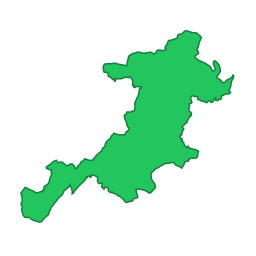 Pho Yen, Thái Nguyên, Vietnam, rotated 276°
{"feature_id": "81297802B3855346019179", "entity_name": "Pho Yen", "entity_type": "district", "adm_level": 2, "iso_a3": "VNM", "parent_name": "Vietnam", "parent_adm1": "Thái Nguyên", "projection": "mercator", "projection_center": [105.815, 21.451], "detail": "fine", "context": "isolated", "style": "filled", "palette": "green", "viewbox_px": 256, "rotation_deg": 276, "n_neighbors": 0, "source": "geoboundaries", "source_scale": "gbopen_adm2", "svg_char_len": 5868}
<svg xmlns="http://www.w3.org/2000/svg" viewBox="0 0 256 256"><g transform="rotate(276 128 128)"><path d="M66.6,157.8L71.2,161.2L72.5,161.4L73.5,161.2L75.4,160.3L78.9,157.0L82.3,156.0L84.1,155.7L86.5,156.1L86.9,157.0L90.7,160.0L91.4,161.7L94.4,165.4L95.6,167.4L96.3,168.1L97.1,170.2L97.0,171.5L97.9,174.0L98.5,177.0L98.2,177.4L96.4,178.9L95.6,180.6L95.5,181.9L95.0,183.2L94.1,184.6L93.8,185.7L96.5,187.0L100.7,188.6L101.5,191.7L103.6,191.7L103.6,192.7L105.1,194.2L105.1,194.8L104.5,195.9L105.3,197.9L105.4,199.4L107.6,200.2L111.1,200.1L112.2,200.6L113.6,197.5L113.9,192.9L114.4,192.3L114.1,191.5L114.9,190.9L115.3,190.2L116.2,189.8L114.9,188.9L114.5,188.5L114.6,188.2L116.0,187.2L116.5,186.1L117.5,185.7L118.1,185.0L119.5,184.9L120.1,183.5L121.1,183.5L121.3,182.9L121.2,182.4L122.6,183.2L123.2,182.5L123.1,182.0L123.4,181.3L124.4,180.2L125.1,180.8L126.3,180.9L126.2,181.5L127.1,182.3L129.0,182.1L131.1,182.9L132.2,183.1L132.9,183.5L133.5,183.4L133.7,182.2L134.4,181.8L135.3,182.0L137.3,183.9L139.1,184.9L139.4,186.0L140.5,185.7L142.3,186.8L144.1,187.4L144.9,187.4L145.4,188.1L145.9,187.8L146.2,188.1L146.0,188.6L146.9,188.9L146.9,189.6L147.1,189.8L149.8,189.2L150.5,188.5L150.9,187.3L152.6,186.5L155.9,186.9L158.2,186.3L159.3,188.4L160.0,188.9L164.5,187.1L165.2,187.2L166.5,188.2L166.8,188.8L166.1,191.5L166.6,193.2L166.5,193.9L166.1,194.4L165.3,194.6L164.3,194.2L163.7,194.4L163.5,194.9L163.4,196.3L162.4,198.5L162.7,200.9L161.6,202.1L161.5,203.8L163.1,204.9L163.8,206.2L163.6,206.6L162.3,207.6L162.2,208.9L162.8,209.6L164.9,210.2L167.1,211.7L167.0,212.3L166.3,212.2L165.1,211.7L164.6,212.8L164.7,214.2L165.7,215.3L166.1,216.6L166.6,217.4L167.6,217.8L169.5,217.4L169.9,217.7L170.2,219.1L172.1,221.4L172.3,224.0L172.8,225.3L173.3,225.9L174.0,226.2L174.8,225.8L175.5,224.5L175.9,224.2L177.9,225.2L179.9,225.8L185.1,225.9L187.8,227.2L189.8,227.7L191.0,227.6L191.4,227.2L191.6,226.9L190.2,226.5L188.3,225.1L186.2,221.5L183.9,219.8L183.2,219.0L182.9,218.2L183.0,217.4L185.5,214.8L187.3,211.4L187.8,211.0L188.8,211.0L191.4,212.9L192.8,213.5L193.9,213.8L195.6,213.7L199.9,212.1L201.8,210.4L203.4,208.3L203.8,207.5L203.8,206.8L203.1,206.2L201.9,206.1L200.1,206.4L196.6,208.5L195.5,208.4L194.3,207.8L193.8,207.3L193.7,206.7L194.0,205.8L194.7,205.1L196.6,204.1L197.9,203.0L201.0,197.0L201.1,195.8L203.0,190.6L204.2,188.5L205.2,187.5L206.1,187.1L206.9,187.4L209.0,189.8L209.8,190.4L210.9,190.0L212.4,188.7L214.0,188.5L216.4,189.5L219.5,189.7L222.1,190.3L223.1,190.9L225.3,191.3L226.0,191.1L227.2,190.0L228.2,188.2L229.4,186.9L229.7,186.1L229.6,182.3L230.8,176.3L230.3,174.3L227.4,171.9L226.9,170.7L226.9,169.4L225.8,168.6L225.3,167.7L224.8,167.5L223.7,167.9L223.0,167.7L220.9,164.3L219.8,161.6L219.3,159.3L217.2,158.4L215.5,158.3L214.0,157.1L212.9,157.0L212.0,156.5L211.2,156.6L210.4,157.6L209.6,156.9L208.1,153.5L208.9,152.5L208.8,150.8L208.3,149.1L207.7,148.5L206.3,148.2L205.5,147.7L204.6,146.2L204.7,144.8L205.9,142.6L205.2,140.7L204.7,138.2L204.2,137.6L204.0,136.1L204.0,135.0L204.6,132.4L204.4,129.4L203.8,127.8L202.9,126.6L202.6,124.5L201.4,123.9L200.6,122.1L199.2,121.2L193.5,120.4L190.3,120.3L189.8,119.8L190.7,109.8L191.2,108.3L190.9,106.7L190.1,104.6L189.9,101.6L189.4,98.9L189.0,98.1L187.2,97.0L186.3,97.0L182.7,97.6L181.0,98.4L181.1,101.8L179.2,102.8L178.8,102.9L178.1,102.7L177.5,103.1L176.9,104.0L176.9,105.2L175.0,107.3L173.9,109.7L173.1,110.1L173.6,110.7L175.7,109.7L175.6,111.5L176.4,116.6L177.3,117.8L177.7,119.2L178.5,120.0L178.5,120.9L178.1,122.9L178.4,123.9L179.3,124.8L177.8,126.1L175.1,127.9L173.8,128.2L172.0,127.9L171.0,128.0L170.7,128.6L170.9,129.8L169.3,129.3L168.8,130.6L170.2,131.9L170.2,136.2L170.0,137.2L169.7,137.4L169.2,137.2L168.9,136.4L168.1,135.3L162.3,135.1L159.4,134.0L153.0,132.0L150.5,132.8L145.8,132.5L145.3,131.4L145.2,130.0L144.3,129.3L143.9,128.5L144.0,126.2L143.5,125.1L141.7,124.9L140.7,123.3L140.2,123.1L137.6,123.5L132.2,126.4L130.3,126.8L129.4,127.4L128.3,128.8L127.5,129.1L126.1,128.8L125.4,128.4L123.9,126.6L122.8,126.1L121.1,125.7L120.2,120.2L120.5,119.1L120.6,117.3L121.4,114.5L119.9,113.8L118.7,112.4L117.8,112.4L117.0,111.8L115.5,111.5L114.2,109.7L112.0,108.0L109.6,107.0L107.4,107.1L106.4,106.4L105.7,105.1L102.2,103.9L99.9,101.5L98.6,100.8L97.7,99.3L95.7,98.6L94.7,97.6L92.4,96.1L92.0,95.5L91.9,91.6L92.5,90.4L92.8,88.2L90.9,87.1L89.6,85.0L88.2,84.2L88.0,84.4L86.6,83.9L85.2,82.1L83.6,82.1L82.0,79.9L84.5,78.8L86.5,76.0L86.2,74.5L83.9,71.3L86.9,66.5L87.2,64.0L86.5,63.0L86.3,62.0L87.1,60.9L88.4,60.1L86.9,57.3L85.0,55.8L80.6,50.8L79.7,51.0L79.2,51.5L78.6,53.6L78.3,56.2L78.0,56.6L77.1,56.1L73.6,56.8L70.3,55.7L64.9,54.9L63.3,53.7L61.4,51.0L59.6,50.6L58.0,50.9L57.2,49.8L56.7,50.1L56.1,50.0L55.8,49.6L55.9,49.0L55.5,47.9L54.4,45.5L54.1,43.7L54.2,42.3L55.1,41.2L56.1,37.7L58.3,32.0L52.9,28.8L51.7,28.3L50.3,29.1L46.5,30.2L43.7,30.4L41.8,29.5L37.6,31.2L36.4,30.7L35.2,30.9L29.8,33.0L28.4,35.0L28.3,35.9L28.8,39.4L27.3,41.0L26.1,44.6L25.2,49.0L25.4,50.8L25.8,51.7L26.5,52.3L29.4,54.1L33.5,58.0L35.7,58.2L38.9,59.4L40.9,59.8L42.9,61.3L46.3,63.2L48.3,64.7L50.3,65.7L54.5,69.4L56.0,70.1L59.2,71.0L60.2,72.4L63.1,75.2L65.5,76.2L64.0,76.8L61.5,78.6L60.3,78.6L58.9,79.4L56.7,79.3L57.4,80.4L59.7,81.4L64.9,84.9L71.6,90.7L73.6,91.1L73.9,91.4L74.2,92.4L74.6,92.0L75.0,92.1L76.2,94.5L76.2,94.8L75.5,95.2L75.1,95.9L75.7,96.6L76.9,96.3L77.6,96.5L77.5,97.7L77.2,98.6L77.1,100.4L76.0,102.8L71.7,103.3L70.4,104.1L69.6,105.1L70.3,106.9L70.1,108.2L69.6,108.3L66.7,107.8L66.0,109.0L64.8,110.0L65.0,111.0L65.9,110.9L66.5,111.2L66.8,111.6L66.7,113.2L66.1,114.3L64.5,115.3L63.5,114.8L63.0,115.3L61.8,117.7L62.6,118.4L62.7,119.0L61.9,119.6L60.9,123.6L59.6,124.8L59.4,126.7L56.2,131.2L54.7,132.5L53.8,134.3L54.0,135.2L55.5,137.7L55.3,138.1L55.9,140.0L56.3,140.4L57.5,140.7L58.9,141.9L59.5,144.6L60.9,144.9L65.2,142.9L68.0,142.4L68.5,146.6L67.3,152.6L65.5,156.0L65.5,156.5L66.6,157.8Z" fill="#22c55e" stroke="#15803d" stroke-width="1.5"/></g></svg>